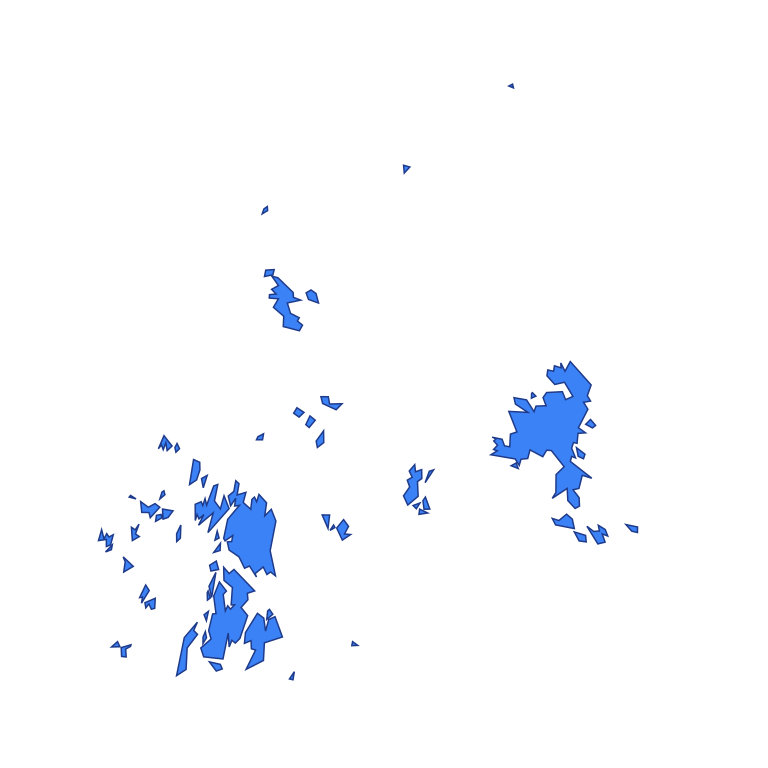 Kepulauan Anambas, Kepulauan Riau, Indonesia (Mercator projection), rotated 186°
{"feature_id": "22746128B99951880476592", "entity_name": "Kepulauan Anambas", "entity_type": "district", "adm_level": 2, "iso_a3": "IDN", "parent_name": "Indonesia", "parent_adm1": "Kepulauan Riau", "projection": "mercator", "projection_center": [106.153, 2.904], "detail": "fine", "context": "isolated", "style": "filled", "palette": "blue", "viewbox_px": 768, "rotation_deg": 186, "n_neighbors": 0, "source": "geoboundaries", "source_scale": "gbopen_adm2", "svg_char_len": 6203}
<svg xmlns="http://www.w3.org/2000/svg" viewBox="0 0 768 768"><g transform="rotate(186 384 384)"><path d="M180.9,280.2L176.8,283.0L178.1,291.4L185.0,298.6L179.2,300.5L177.3,313.9L167.5,312.0L190.6,326.5L189.8,331.6L185.8,330.5L190.7,339.8L189.4,345.6L185.8,345.2L185.9,355.2L178.5,356.5L186.1,360.8L178.6,380.2L183.6,386.7L176.8,388.6L180.6,393.6L177.9,404.7L201.1,425.8L205.3,415.6L210.4,423.4L209.6,418.6L216.4,419.9L216.7,414.4L222.6,415.1L222.8,409.2L214.1,401.4L204.7,404.6L194.8,391.4L201.8,387.4L205.8,395.0L221.4,392.5L224.4,387.1L220.5,379.3L230.5,377.9L231.9,372.2L240.6,383.1L253.3,384.0L251.2,377.8L237.9,370.8L257.0,369.8L246.8,350.2L253.0,347.4L252.4,334.7L257.7,335.1L260.8,341.4L270.9,342.4L266.8,341.2L268.9,338.8L264.7,335.0L268.2,330.3L264.3,329.4L270.3,324.8L245.7,323.2L241.0,317.2L239.9,323.5L233.3,324.9L231.9,333.7L218.5,328.3L215.3,335.2L210.6,335.3L196.2,320.6L203.4,311.9L201.7,294.1L204.7,287.9L190.9,299.3L189.0,287.3L180.9,280.2ZM498.7,188.9L490.6,178.7L492.4,181.9L485.0,189.4L480.5,182.3L477.2,185.2L471.9,181.9L479.8,206.3L477.2,236.4L483.0,247.6L488.8,240.4L488.4,253.6L496.8,261.1L498.3,253.6L501.0,258.0L503.3,255.4L503.4,245.5L511.6,251.4L510.0,261.8L518.5,258.3L517.8,269.7L521.3,272.3L522.1,261.5L527.2,256.3L523.8,246.8L519.5,255.0L519.8,247.0L515.1,248.2L525.3,233.1L527.3,213.7L525.7,211.4L518.6,217.5L519.0,211.5L523.3,210.6L520.7,202.7L510.1,196.9L503.4,186.2L498.7,188.9ZM534.8,93.8L515.4,93.7L512.9,120.0L510.5,106.3L508.5,113.2L504.8,110.8L500.7,115.9L495.4,139.4L502.8,146.8L496.8,155.2L498.0,161.6L491.0,164.7L513.8,183.9L518.2,179.3L524.3,185.0L522.6,171.9L513.5,165.8L512.9,148.4L509.6,148.8L513.1,144.0L516.2,147.1L518.1,141.8L521.9,157.9L519.1,161.6L527.0,169.9L531.2,155.3L527.1,138.1L530.4,137.4L532.6,120.5L529.3,112.3L538.6,102.3L534.8,93.8ZM491.3,85.8L475.0,96.4L475.9,114.1L458.6,121.8L468.1,141.2L474.0,137.7L476.0,125.9L479.1,138.6L485.9,142.7L495.8,122.3L495.7,111.5L489.4,114.9L488.2,106.8L483.9,106.0L491.3,85.8ZM490.2,430.6L473.7,428.1L471.2,434.0L476.7,437.6L475.2,441.0L484.4,444.5L488.6,454.5L475.6,458.7L483.1,460.7L483.9,465.5L500.6,478.6L506.8,479.5L499.3,470.9L505.7,466.4L500.7,462.2L507.2,460.9L507.1,457.5L497.9,457.7L502.0,448.7L490.8,440.9L490.2,430.6ZM540.4,238.0L543.6,217.8L525.0,243.9L531.4,256.1L533.7,242.6L540.4,250.0L538.8,266.7L542.7,264.8L547.7,244.9L550.0,251.3L551.5,244.1L553.5,247.8L559.2,244.6L557.4,228.5L556.3,234.7L553.9,230.5L549.5,235.3L553.7,224.2L540.4,238.0ZM347.7,266.1L338.3,275.9L340.5,290.4L336.5,293.9L337.6,302.8L343.5,300.0L345.0,307.0L349.8,300.1L346.2,294.2L350.8,290.8L347.7,284.3L352.9,274.8L347.7,266.1ZM559.8,72.3L551.0,79.4L552.2,100.9L543.3,115.5L547.5,119.0L544.7,127.6L556.1,110.9L559.8,72.3ZM198.6,261.8L179.6,260.1L182.6,269.3L188.8,273.6L195.8,266.5L202.6,267.9L198.6,261.8ZM154.6,247.3L147.6,249.8L151.3,257.7L145.6,256.2L148.8,262.4L156.1,265.9L154.4,260.3L160.1,259.3L167.3,263.7L154.6,247.3ZM602.5,226.6L594.1,238.0L599.2,241.1L605.5,236.8L613.7,241.6L611.5,231.0L604.3,231.6L602.5,226.6ZM409.1,224.4L401.5,230.8L407.6,230.7L404.4,238.7L410.0,244.9L416.0,235.8L409.1,224.4ZM566.9,263.6L560.4,269.0L558.1,279.3L559.1,286.9L565.5,289.0L566.9,263.6ZM443.0,358.2L428.9,353.4L423.7,360.0L436.0,358.4L438.1,365.5L445.4,364.8L443.0,358.2ZM643.1,193.3L639.1,195.5L637.5,205.8L641.5,203.1L644.1,206.2L646.3,200.7L649.6,209.6L651.6,198.4L643.9,200.4L643.1,193.3ZM596.7,295.6L594.8,302.7L592.7,295.1L588.3,300.2L597.4,309.6L601.6,296.0L599.0,300.2L596.7,295.6ZM457.6,457.7L461.1,466.9L466.4,469.9L471.0,466.5L467.9,460.2L457.6,457.7ZM431.8,247.3L424.6,234.5L424.4,248.0L431.8,247.3ZM520.8,81.0L515.1,83.7L517.5,88.1L528.6,89.4L520.8,81.0ZM536.9,164.6L533.1,153.8L531.5,179.1L536.9,164.6ZM443.6,313.9L437.8,319.4L439.2,331.1L445.5,320.1L443.6,313.9ZM623.2,169.8L614.3,176.4L625.3,184.8L622.8,180.1L623.2,169.8ZM597.5,136.5L594.8,140.7L591.8,135.7L588.6,136.9L589.1,147.0L598.9,141.5L597.5,136.5ZM173.5,248.3L166.4,248.1L167.7,254.5L179.3,256.8L173.5,248.3ZM620.2,215.1L617.9,202.0L611.4,206.7L615.5,208.9L613.0,219.0L616.2,213.0L620.2,215.1ZM602.3,140.7L595.9,154.0L600.0,159.2L604.7,146.0L601.9,146.8L602.3,140.7ZM589.6,226.5L584.8,228.7L580.6,235.8L591.2,236.5L589.6,226.5ZM116.4,262.8L116.9,268.3L128.7,269.5L122.2,263.5L116.4,262.8ZM453.9,332.9L448.6,340.8L454.3,344.5L457.5,335.4L453.9,332.9ZM177.8,330.5L176.8,335.2L185.9,340.8L183.3,332.4L177.8,330.5ZM465.0,342.2L460.6,347.4L468.1,351.3L470.8,345.5L465.0,342.2ZM536.6,179.9L529.1,182.2L532.3,190.4L538.5,185.5L536.6,179.9ZM331.1,263.6L325.4,264.4L331.0,275.9L333.1,272.1L331.1,263.6ZM172.1,362.1L169.2,364.9L174.9,370.3L179.2,365.0L172.1,362.1ZM514.1,478.4L505.9,481.0L505.2,486.3L513.5,484.9L514.1,478.4ZM616.5,85.6L611.9,85.6L613.2,93.4L608.7,96.5L608.4,98.2L617.8,94.4L616.5,85.6ZM476.0,137.6L470.5,143.4L474.4,147.9L476.0,146.1L476.0,137.6ZM329.8,302.0L332.8,290.2L325.7,303.8L329.8,302.0ZM573.7,205.6L570.4,209.4L571.3,222.5L574.6,213.4L573.7,205.6ZM530.0,208.5L535.7,198.7L529.6,201.3L530.0,208.5ZM555.6,270.9L552.9,261.9L550.3,274.6L555.6,270.9ZM596.8,223.5L590.9,227.7L592.0,231.0L596.6,229.6L596.8,223.5ZM534.5,220.2L535.8,211.0L531.9,213.6L534.5,220.2ZM335.6,258.0L327.1,260.3L335.5,263.3L335.6,258.0ZM583.8,294.4L580.6,298.3L583.6,303.2L585.3,298.9L583.8,294.4ZM387.4,603.6L385.9,595.9L381.0,602.5L387.4,603.6ZM538.8,135.7L535.9,130.1L534.9,139.5L538.8,135.7ZM388.7,120.4L382.8,121.3L388.3,124.5L388.7,120.4ZM505.0,315.2L499.0,315.8L498.6,321.9L503.9,318.4L505.0,315.2ZM249.0,316.0L241.7,314.0L244.4,319.2L249.0,316.0ZM535.8,119.0L537.5,113.4L536.9,107.1L534.0,113.1L535.8,119.0ZM627.5,94.0L619.2,95.1L622.1,99.9L627.5,94.0ZM443.1,88.5L447.2,80.8L443.6,80.3L443.1,88.5ZM537.0,150.6L534.4,153.1L537.3,159.8L538.0,157.9L537.0,150.6ZM342.4,266.2L338.8,263.3L335.8,269.4L342.4,266.2ZM594.9,246.2L590.3,251.0L591.7,254.8L593.5,253.3L594.9,246.2ZM643.4,187.9L637.8,190.7L637.4,195.6L643.4,187.9ZM291.0,693.4L286.2,692.0L287.5,695.7L291.0,693.4ZM522.9,540.5L517.9,544.3L518.6,548.3L521.7,545.6L522.9,540.5ZM235.9,385.3L231.7,387.8L235.5,390.9L236.2,390.1L235.9,385.3ZM625.6,244.9L618.6,243.8L624.4,246.7L625.6,244.9ZM419.4,238.5L422.4,232.8L417.8,236.1L419.4,238.5Z" fill="#3b82f6" stroke="#1e3a8a" stroke-width="1.5"/></g></svg>